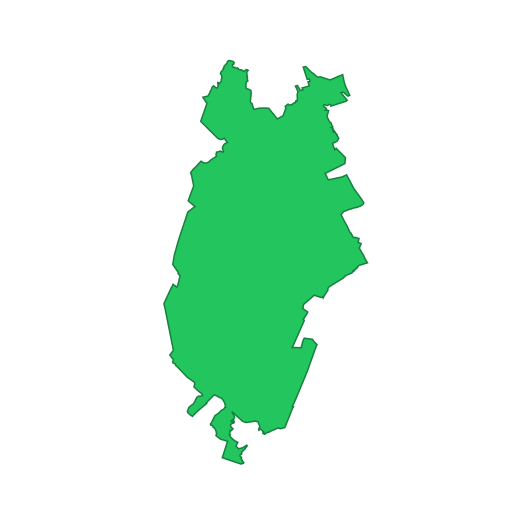 Chilón, Chiapas, Mexico (Natural Earth projection), rotated 111°
{"feature_id": "50627088B49447190388441", "entity_name": "Chilón", "entity_type": "district", "adm_level": 2, "iso_a3": "MEX", "parent_name": "Mexico", "parent_adm1": "Chiapas", "projection": "natural_earth1", "projection_center": [-92.093, 17.107], "detail": "fine", "context": "isolated", "style": "filled", "palette": "green", "viewbox_px": 512, "rotation_deg": 111, "n_neighbors": 0, "source": "geoboundaries", "source_scale": "gbopen_adm2", "svg_char_len": 6021}
<svg xmlns="http://www.w3.org/2000/svg" viewBox="0 0 512 512"><g transform="rotate(111 256 256)"><path d="M417.6,190.8L416.3,189.9L416.1,189.6L416.1,188.8L416.6,187.8L417.0,187.4L417.3,186.7L417.2,186.3L417.6,185.6L417.9,185.4L418.4,185.5L418.8,185.7L418.9,186.1L419.1,186.0L419.4,184.1L416.9,182.4L415.5,180.4L413.8,179.1L410.2,175.3L408.7,174.1L408.5,171.3L405.8,167.6L384.9,167.3L383.4,167.0L383.7,168.1L375.4,167.6L346.0,166.8L320.5,167.4L316.8,167.3L315.1,171.3L313.8,173.0L313.5,173.6L315.4,181.4L316.5,181.7L318.5,181.7L324.0,181.2L325.3,180.7L328.4,189.3L299.0,187.8L298.2,189.1L292.6,187.9L289.8,187.6L288.3,193.4L284.2,194.2L271.8,187.6L271.4,180.5L270.8,179.3L270.3,179.1L271.1,178.3L269.1,178.1L261.9,176.6L260.8,177.3L258.7,176.8L244.8,166.3L244.2,166.3L243.8,166.1L243.4,165.6L241.9,165.1L237.5,160.4L236.3,159.9L236.4,160.1L235.8,160.0L236.0,159.8L235.5,159.6L235.2,159.9L235.1,159.5L234.5,159.6L234.6,159.0L232.5,158.3L231.6,157.7L231.6,158.1L230.1,157.1L229.6,157.3L229.2,157.1L228.1,156.7L222.4,149.5L220.7,151.7L218.7,154.1L216.5,156.1L215.5,157.6L211.7,162.3L206.7,162.3L206.7,165.5L202.8,166.1L203.0,166.5L202.8,169.1L203.6,171.1L203.7,172.0L200.6,175.5L200.3,176.7L195.5,181.6L191.5,186.4L186.9,191.4L183.1,190.1L178.7,185.2L177.9,183.9L176.1,181.9L174.6,179.4L172.0,176.4L169.5,174.6L167.7,174.4L165.1,177.9L158.2,188.5L147.8,200.5L151.3,203.9L159.0,215.8L154.1,221.0L137.9,206.1L132.1,207.8L126.7,219.8L128.6,220.6L123.5,224.9L119.7,221.4L116.6,220.9L113.8,224.3L113.6,224.0L112.8,225.6L111.3,227.4L112.3,226.9L112.6,228.0L111.8,228.4L111.5,227.7L110.8,228.1L110.8,228.6L111.4,229.2L111.2,229.8L109.7,229.5L109.2,230.5L109.2,231.4L108.6,230.5L107.6,230.8L107.6,231.2L104.6,233.9L104.4,235.4L100.4,239.7L94.3,240.3L94.2,241.4L95.1,243.5L94.3,243.2L93.2,243.1L92.6,244.3L92.2,246.2L91.3,246.7L90.4,247.0L90.1,245.8L90.2,244.5L89.9,243.3L89.2,242.6L88.5,242.6L87.9,240.4L89.2,239.8L79.6,227.8L78.0,226.6L73.1,235.2L71.8,233.2L73.8,227.5L72.5,226.0L65.4,233.3L61.7,236.2L55.6,240.1L65.1,250.0L65.7,260.3L67.0,262.6L65.2,267.5L64.6,270.1L61.3,277.5L62.7,279.6L72.8,271.5L71.6,269.7L73.7,268.1L74.8,269.9L78.1,267.3L80.3,270.0L82.6,273.2L84.1,271.7L85.5,274.0L83.5,276.3L83.0,277.4L81.9,278.3L83.3,280.1L85.0,278.2L87.6,275.7L90.8,275.4L94.6,273.6L95.3,273.7L96.7,273.2L96.9,274.4L98.8,274.2L99.0,275.0L100.5,276.1L102.0,276.7L101.8,277.1L103.0,278.6L103.2,280.2L102.8,280.6L105.8,282.4L107.1,281.1L115.3,281.0L120.4,285.2L113.5,297.1L114.6,300.6L116.9,306.1L119.7,310.2L119.2,311.3L118.4,311.7L116.9,313.3L115.8,313.6L115.3,314.0L114.6,316.0L114.0,316.6L106.1,318.7L103.4,320.0L102.9,322.4L103.2,324.1L102.6,325.8L100.8,326.2L100.1,326.9L99.0,326.9L97.3,327.4L96.6,327.2L95.9,326.4L95.5,326.3L95.2,326.9L94.1,327.2L93.8,327.8L92.6,327.8L91.8,328.8L90.8,328.6L90.4,329.3L88.0,330.3L86.8,330.4L85.5,329.8L85.3,331.0L85.4,331.7L86.3,332.6L87.9,333.4L87.7,335.8L87.3,335.9L87.3,336.2L87.7,336.6L87.8,338.1L88.1,339.0L87.4,339.7L87.0,340.6L87.7,341.2L87.8,341.7L87.4,343.0L88.0,344.5L87.7,345.4L86.4,346.4L85.7,346.4L85.0,346.0L85.0,345.7L84.6,345.9L83.4,345.6L83.0,346.0L82.9,346.9L82.6,347.1L82.8,347.5L82.7,348.5L83.0,349.1L82.8,349.8L83.2,351.3L83.5,351.6L84.3,351.9L84.6,352.3L85.3,352.4L86.1,352.1L90.3,353.8L92.2,353.5L92.7,353.9L94.0,353.4L95.6,354.3L96.6,354.6L97.9,354.7L98.7,354.5L99.0,353.6L100.1,352.5L102.2,351.6L103.7,351.7L104.9,351.0L107.8,351.9L107.6,353.8L109.0,353.5L109.1,352.5L110.3,352.6L111.9,352.2L112.5,352.3L113.1,352.6L113.3,353.5L112.3,356.7L112.6,356.9L114.4,357.5L116.6,357.3L118.1,357.7L120.8,357.7L124.0,358.3L126.8,362.5L131.2,356.5L150.1,355.9L159.7,334.2L159.9,333.2L160.0,331.9L159.8,330.7L159.3,329.6L158.4,328.5L157.5,327.8L160.3,323.5L162.6,325.5L163.6,325.9L166.0,326.2L167.6,325.9L170.0,323.8L170.9,324.1L170.8,326.9L172.7,329.1L173.1,330.1L174.2,329.7L175.4,329.9L176.9,328.6L183.0,332.9L184.5,333.5L186.6,335.1L187.3,336.2L187.6,337.1L187.6,339.2L187.2,341.3L191.7,343.2L193.8,343.9L197.5,345.7L201.6,346.9L204.2,344.8L212.9,339.3L228.8,339.1L231.7,330.7L239.3,335.4L269.3,334.0L284.1,332.6L293.7,330.7L299.4,322.4L300.3,322.5L301.8,319.7L305.3,319.4L308.1,318.8L309.3,318.9L311.4,318.5L313.4,318.8L312.1,323.3L315.2,323.4L315.5,323.7L333.3,324.9L334.5,324.3L337.1,322.4L373.7,299.3L379.3,301.0L382.4,296.0L383.0,296.0L384.0,295.7L384.6,295.9L385.5,295.2L385.8,292.8L386.2,292.1L386.9,291.8L387.5,290.1L393.9,276.5L396.1,267.9L397.4,267.4L400.5,267.0L402.9,261.0L404.0,257.3L405.5,255.9L406.8,257.7L407.4,259.4L409.1,260.6L412.2,261.0L413.6,260.9L417.3,261.8L418.1,262.6L421.4,264.4L426.0,264.3L427.0,262.9L428.0,260.1L428.5,257.8L426.9,257.3L425.6,256.5L424.5,256.4L423.3,255.5L422.4,255.2L419.8,253.9L411.2,249.1L410.6,249.7L400.5,245.2L401.4,236.5L402.1,235.4L404.5,232.5L408.1,230.2L408.6,230.9L409.9,231.1L411.0,231.6L411.7,232.2L412.1,232.8L416.3,234.7L419.7,237.1L428.2,237.9L429.0,238.3L429.7,238.1L430.2,237.6L429.9,236.4L430.2,235.4L431.0,235.1L431.1,234.2L431.4,233.3L431.8,233.0L432.0,232.5L432.8,231.5L433.6,230.7L434.8,230.0L435.5,229.4L436.9,228.9L437.7,229.2L438.1,228.8L439.7,223.7L439.2,216.1L456.4,215.2L455.6,195.3L455.1,195.0L454.0,193.4L453.4,193.3L453.0,194.1L452.7,194.3L452.7,195.1L452.0,195.3L450.7,196.9L449.6,197.4L449.2,197.3L448.8,198.9L447.7,199.6L446.7,199.4L446.4,198.5L445.4,198.6L443.9,199.0L443.3,198.5L442.5,198.5L440.8,197.4L439.7,197.0L436.4,196.2L436.0,196.6L435.9,196.8L440.0,200.0L442.2,203.2L440.7,206.6L436.5,206.2L436.1,209.5L435.4,211.9L434.4,214.4L432.8,216.5L432.0,216.1L431.7,216.9L429.9,217.1L429.0,217.5L429.2,217.2L428.0,216.7L427.7,216.4L427.2,216.5L426.1,215.5L425.7,215.5L424.2,218.4L423.4,219.1L422.4,219.2L420.9,218.3L419.9,216.9L419.0,216.9L418.6,216.7L418.0,217.4L418.2,217.6L419.6,218.1L419.1,220.0L417.7,219.5L417.7,219.0L416.4,218.2L415.8,218.5L414.4,218.1L412.2,220.0L411.6,221.0L409.9,222.7L415.1,209.4L415.1,205.8L410.3,197.2L410.4,196.5L410.0,196.1L410.3,194.6L413.6,191.5L414.9,191.2L415.2,191.5L415.7,191.3L416.6,191.5L417.6,190.8Z" fill="#22c55e" stroke="#15803d" stroke-width="1.5"/></g></svg>